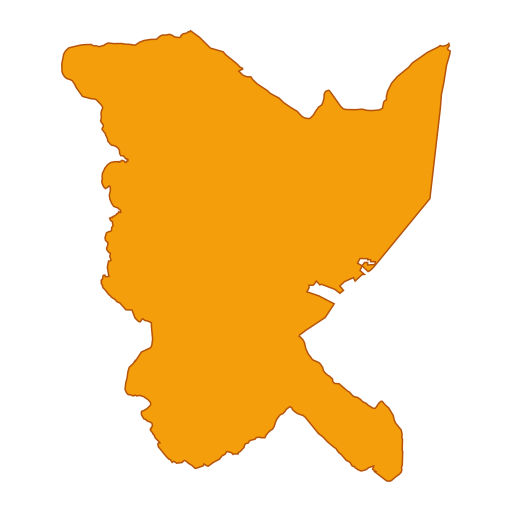 Rokan Hulu, Riau, Indonesia (Mercator projection)
{"feature_id": "22746128B35208725321264", "entity_name": "Rokan Hulu", "entity_type": "district", "adm_level": 2, "iso_a3": "IDN", "parent_name": "Indonesia", "parent_adm1": "Riau", "projection": "mercator", "projection_center": [100.261, 0.893], "detail": "fine", "context": "isolated", "style": "filled", "palette": "amber", "viewbox_px": 512, "rotation_deg": 0, "n_neighbors": 0, "source": "geoboundaries", "source_scale": "gbopen_adm2", "svg_char_len": 6007}
<svg xmlns="http://www.w3.org/2000/svg" viewBox="0 0 512 512"><path d="M446.6,65.0L449.8,54.1L450.2,51.0L448.3,50.0L447.4,48.5L449.4,45.7L448.8,44.4L449.0,42.8L448.4,44.1L446.1,45.5L442.4,46.3L440.1,45.5L438.8,46.7L427.6,52.3L412.4,62.9L408.6,67.4L397.4,76.5L391.7,83.1L387.7,91.0L386.4,96.5L386.5,99.6L384.8,100.7L383.7,102.1L382.5,108.2L379.2,110.0L371.6,110.6L366.7,110.3L362.3,109.2L355.0,109.7L345.8,109.5L343.3,108.8L340.7,106.4L331.4,93.3L329.1,90.4L328.4,90.3L325.6,91.4L324.2,93.9L324.0,98.4L322.8,102.7L321.5,105.1L318.6,107.1L316.2,110.4L313.4,115.0L310.4,118.1L308.6,118.6L304.7,118.0L302.7,116.9L301.0,115.5L297.2,111.3L290.6,107.4L283.5,102.5L279.1,98.1L272.2,94.5L269.4,92.7L267.8,90.9L257.3,84.0L252.5,79.4L251.0,76.9L246.6,76.7L242.8,75.1L238.8,71.2L241.3,69.6L242.5,69.4L242.6,68.3L240.2,67.2L236.7,63.7L225.6,54.7L223.2,51.8L210.4,48.1L199.5,37.3L190.5,30.7L189.7,31.8L188.2,31.8L186.8,33.0L183.0,33.9L181.1,35.4L180.7,36.8L179.7,37.5L175.0,37.1L171.8,35.0L171.0,35.0L169.6,34.3L165.4,35.1L162.2,35.1L160.1,36.1L156.4,39.3L150.9,39.4L144.0,40.5L139.8,42.1L135.0,45.2L129.2,44.3L125.3,44.2L121.8,43.5L113.7,43.6L108.5,43.0L106.9,43.4L103.7,45.4L99.1,46.7L97.0,46.0L93.3,45.7L91.1,44.5L85.1,44.6L80.5,45.1L69.0,47.8L66.3,50.1L64.6,52.3L63.6,54.6L61.8,63.8L62.0,71.7L62.9,74.1L64.5,76.6L66.5,78.4L71.1,80.0L72.4,80.9L74.8,84.5L74.4,84.6L74.8,84.6L76.1,87.4L82.5,96.4L91.2,98.8L94.2,98.9L96.4,99.8L101.4,105.1L102.6,107.2L102.6,108.5L101.7,110.2L101.0,113.5L101.4,117.1L100.6,121.1L101.7,122.5L101.6,123.0L102.6,123.7L103.3,125.4L103.2,127.0L102.2,128.2L102.1,129.4L105.5,133.9L105.6,135.0L107.3,138.3L107.9,141.3L111.2,145.0L115.0,145.9L117.5,147.5L118.8,149.2L119.4,150.6L119.7,153.7L120.7,155.5L121.0,155.8L123.4,155.8L125.5,158.6L126.4,158.7L127.0,159.5L127.7,159.2L128.1,159.7L127.7,161.2L126.6,161.4L126.1,162.5L125.2,162.4L124.3,161.2L122.0,160.3L121.7,160.8L120.0,161.5L119.9,162.0L119.4,162.2L118.2,161.5L117.9,161.9L115.0,161.6L110.5,162.6L107.6,164.7L105.0,168.0L102.4,173.5L102.1,177.3L102.5,179.2L101.9,180.0L101.8,180.8L102.0,183.1L102.9,185.2L103.9,187.1L105.5,188.6L108.1,187.0L108.8,186.0L109.9,186.2L110.3,187.3L110.3,190.9L109.3,195.2L109.9,199.2L111.7,203.4L113.7,206.4L117.9,207.9L118.8,209.0L120.2,209.8L120.9,212.2L120.0,212.5L118.7,211.7L117.8,213.6L116.6,213.9L115.7,215.3L114.0,216.0L113.7,216.5L113.0,216.5L112.2,217.7L111.3,217.3L110.6,218.0L109.6,218.1L110.5,220.5L112.6,221.8L112.5,223.6L113.1,225.7L111.7,227.5L111.5,230.2L111.1,230.9L110.5,231.3L108.4,231.8L106.4,232.9L105.0,237.8L105.5,240.4L108.0,242.8L107.6,245.8L106.6,248.1L106.8,249.7L108.8,252.4L110.4,253.3L109.8,256.5L110.7,259.0L110.9,260.4L110.4,260.9L108.6,261.0L107.3,267.3L108.9,276.5L105.2,276.7L104.9,275.1L103.1,275.4L102.6,278.9L101.1,280.3L101.6,281.7L101.2,282.4L101.5,284.0L102.4,285.1L102.5,286.2L103.2,288.0L104.6,289.2L109.0,294.8L110.2,295.5L111.2,297.0L115.2,299.6L116.9,301.7L120.0,303.1L125.9,309.8L132.0,310.0L135.0,318.0L137.8,320.8L139.4,321.8L140.3,321.8L142.0,319.2L142.8,318.8L144.7,320.4L148.2,321.2L151.4,322.8L151.4,326.0L152.6,339.0L151.8,345.2L150.6,347.7L141.4,352.0L136.1,360.1L135.4,360.3L135.4,361.3L134.7,361.3L133.2,363.6L129.3,367.2L128.0,371.4L127.0,378.3L125.8,382.7L125.0,389.2L126.4,392.6L128.2,394.6L131.4,395.0L132.7,395.9L133.8,395.8L134.9,395.1L136.7,395.9L139.6,395.4L143.6,396.6L148.2,399.8L150.3,402.3L150.7,403.1L150.5,405.3L147.1,408.5L143.5,410.7L141.5,411.4L141.3,413.4L141.7,415.2L143.8,418.8L145.7,419.5L147.4,421.1L150.1,422.0L152.0,423.3L152.5,426.0L151.5,427.2L151.4,428.3L151.2,428.6L150.9,428.3L150.4,428.9L150.5,430.4L152.8,433.1L153.1,434.3L154.1,434.9L154.8,437.1L155.7,438.4L160.0,442.7L160.0,443.0L158.3,443.0L157.8,444.2L158.4,446.8L165.9,456.1L168.9,459.2L170.2,459.5L172.2,462.4L173.4,461.6L174.3,461.5L176.7,463.2L182.1,462.5L183.5,460.9L184.7,460.5L186.0,461.1L188.2,463.1L192.2,465.6L194.9,468.2L196.2,468.3L203.2,465.8L204.1,463.9L206.4,465.6L208.1,466.2L213.7,462.2L219.3,459.3L222.3,455.6L225.1,454.3L226.5,451.8L227.4,451.6L231.2,452.6L232.3,453.4L233.0,454.4L233.6,454.0L238.2,453.9L238.2,452.6L240.2,451.5L244.0,447.5L244.6,445.1L245.4,443.8L248.4,442.9L249.3,441.1L250.4,440.4L255.0,439.2L256.3,437.6L258.9,437.1L261.1,437.7L265.0,437.7L265.9,435.4L268.2,432.5L270.6,430.3L272.5,429.2L274.1,426.6L275.7,421.6L277.1,418.7L279.7,415.3L281.1,414.3L282.7,413.8L285.2,411.2L285.9,409.7L289.8,406.6L292.0,408.1L292.5,409.7L295.6,412.3L298.0,413.8L303.1,415.5L305.4,417.4L318.6,433.7L322.8,436.8L327.7,442.0L334.4,447.6L336.0,448.4L336.8,450.0L339.3,453.1L341.0,454.2L346.2,460.3L349.4,461.9L350.2,462.7L351.9,465.7L353.2,466.4L354.5,466.5L355.0,467.6L358.0,469.7L361.1,471.0L364.1,470.3L366.1,469.6L368.6,467.7L373.7,466.0L372.6,469.3L375.7,471.4L374.7,471.7L386.2,480.6L387.3,481.1L388.7,480.9L389.4,481.3L391.4,480.6L395.6,476.9L399.5,474.1L401.3,472.0L401.8,469.7L401.5,467.3L402.3,465.0L402.7,451.3L402.2,450.2L402.5,439.6L401.9,437.1L402.1,434.0L401.2,430.0L395.5,423.0L394.2,419.8L393.2,415.4L388.6,407.8L385.3,405.0L382.2,401.3L380.7,401.4L379.0,403.0L375.4,408.2L373.2,408.3L368.1,405.2L366.3,403.5L362.4,401.5L360.6,399.5L357.4,397.3L355.0,397.0L352.8,395.9L349.5,392.1L347.3,390.9L339.0,383.7L335.0,383.5L333.7,382.7L332.6,380.9L332.5,379.0L329.5,376.2L327.6,375.2L324.9,372.6L323.4,370.6L322.7,367.5L320.2,363.8L318.9,362.6L312.5,359.7L311.8,358.7L308.2,353.9L305.8,348.7L304.6,343.2L303.4,340.4L300.5,337.1L299.1,336.6L299.7,334.9L306.4,329.9L325.2,317.5L334.2,303.8L318.9,295.9L306.9,291.8L309.1,287.7L308.9,285.2L313.2,285.2L314.6,283.8L316.3,281.0L319.8,284.9L321.5,284.3L334.8,289.3L339.9,293.3L343.5,290.4L339.8,285.9L344.7,281.5L353.5,277.6L355.1,281.1L361.9,274.7L364.4,274.4L360.0,270.5L362.1,265.8L368.1,271.6L370.0,270.6L373.2,267.7L429.9,198.6L440.4,107.8L441.4,94.6L443.7,83.4L446.6,65.0ZM362.1,265.8L357.5,263.2L360.0,258.5L367.8,258.7L367.7,259.8L370.6,259.7L370.7,261.7L375.2,261.7L375.2,264.5L367.6,265.0L367.7,262.5L364.6,262.5L362.1,265.8Z" fill="#f59e0b" stroke="#b45309" stroke-width="1.5"/></svg>